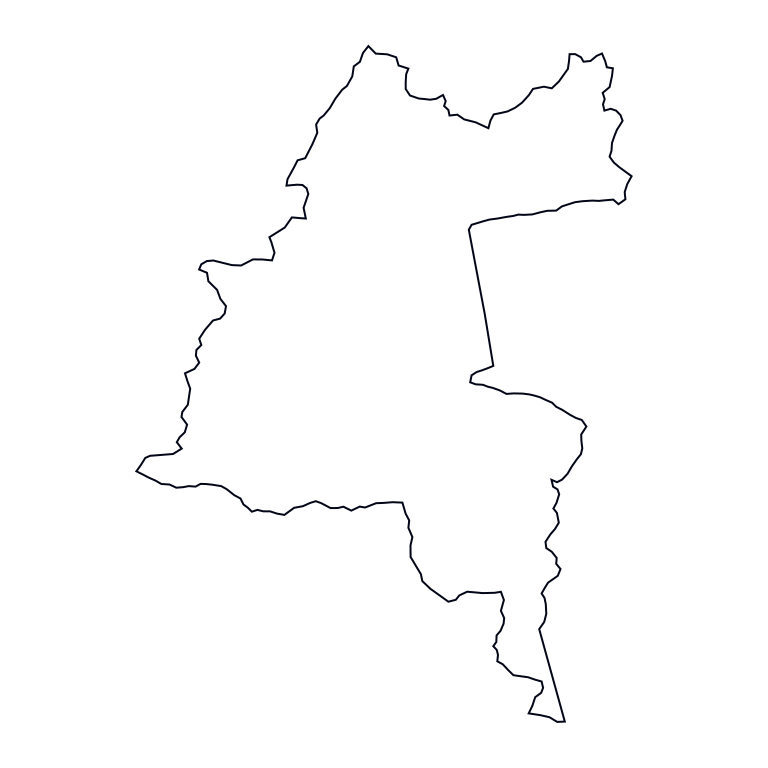 outline of Conceição, Paraíba, Brazil
{"feature_id": "56859067B61487364475806", "entity_name": "Conceição", "entity_type": "district", "adm_level": 2, "iso_a3": "BRA", "parent_name": "Brazil", "parent_adm1": "Paraíba", "projection": "orthographic", "projection_center": [-38.514, -7.528], "detail": "fine", "context": "isolated", "style": "outline", "palette": "ink", "viewbox_px": 768, "rotation_deg": 0, "n_neighbors": 0, "source": "geoboundaries", "source_scale": "gbopen_adm2", "svg_char_len": 3756}
<svg xmlns="http://www.w3.org/2000/svg" viewBox="0 0 768 768"><path d="M136.4,471.3L144.0,475.1L148.9,477.7L155.1,480.4L161.4,484.0L169.5,484.5L176.3,487.7L182.9,487.2L188.8,486.1L195.6,486.6L200.5,483.9L205.7,484.0L212.3,484.7L221.2,486.1L226.7,489.2L234.3,495.2L240.5,498.5L243.5,504.5L247.7,507.6L251.9,511.7L257.4,509.9L263.2,511.3L269.9,511.3L277.0,513.6L284.4,514.9L294.1,507.8L302.9,506.2L310.2,502.9L315.8,501.2L321.1,503.1L330.6,508.1L337.9,508.0L343.4,506.7L351.3,510.6L359.7,506.6L365.1,507.5L376.1,503.2L383.7,502.9L392.6,502.2L402.4,502.6L405.6,513.6L409.2,520.4L408.4,527.8L412.4,537.1L410.5,545.4L410.6,557.0L420.9,574.2L422.3,581.1L430.4,588.8L448.4,601.7L455.8,599.8L459.3,595.4L467.2,591.7L482.7,593.1L494.7,592.8L500.9,591.8L503.9,600.0L500.9,610.8L504.2,618.1L503.6,623.6L500.6,630.7L496.6,635.4L496.3,642.0L493.3,646.2L496.8,650.0L498.0,655.0L497.3,661.3L502.8,664.3L508.0,669.9L513.4,675.2L521.9,676.4L527.9,677.2L535.2,679.7L541.6,681.5L543.1,687.8L541.2,692.8L535.2,697.2L532.4,705.7L528.7,713.4L540.1,715.1L549.4,717.2L557.2,721.9L564.8,721.6L539.2,629.1L544.2,622.0L546.3,613.8L545.8,604.2L544.5,597.9L541.6,593.5L544.9,587.7L548.0,582.7L557.8,575.8L560.5,569.0L556.2,563.8L556.7,558.0L551.7,551.7L546.3,548.1L545.5,541.8L550.5,534.2L555.0,529.0L558.8,522.7L556.9,512.9L553.4,508.5L556.4,503.1L559.2,494.3L557.5,489.4L553.1,486.7L551.5,479.8L557.0,482.2L562.1,479.6L567.6,473.7L571.7,466.6L576.9,459.2L580.9,454.2L582.3,448.4L581.4,440.9L581.2,434.5L586.4,426.5L581.7,419.9L576.0,418.0L570.0,414.8L562.5,410.0L556.2,406.8L552.1,402.7L546.3,400.2L539.9,397.2L534.1,395.5L529.2,394.4L522.7,393.6L513.7,393.4L506.4,393.9L499.8,390.4L492.8,387.9L487.8,386.7L483.0,384.8L475.6,384.3L470.2,382.3L471.6,375.3L476.7,372.0L482.1,370.3L487.9,368.1L493.3,365.9L484.8,314.3L478.4,280.5L468.8,229.7L471.6,224.8L477.9,222.9L483.5,221.2L489.3,219.6L497.7,218.5L506.4,216.9L513.0,216.0L518.4,214.6L523.8,214.9L532.5,214.4L539.9,212.4L547.2,210.8L556.2,210.6L561.9,206.4L568.7,204.2L575.0,202.2L582.5,201.2L592.4,200.6L599.0,200.9L604.9,200.3L613.3,199.6L618.5,204.2L625.4,199.3L624.7,192.1L627.2,184.2L631.6,176.2L625.3,171.6L619.3,167.2L613.9,162.6L609.6,156.7L611.5,150.7L612.0,143.0L614.5,135.8L616.9,129.8L619.7,125.5L622.6,120.8L620.5,115.1L616.1,110.6L610.7,108.8L604.4,110.6L603.0,104.3L604.7,99.1L602.7,92.8L609.6,87.1L612.0,76.0L612.9,68.3L606.9,67.3L605.2,61.2L602.0,53.5L596.6,55.9L590.5,61.0L583.5,61.7L581.0,57.3L575.2,54.1L569.6,54.1L569.0,61.2L567.9,68.9L558.9,81.5L551.8,88.3L543.9,86.7L533.0,88.9L528.8,95.2L522.0,102.7L515.1,107.8L507.6,111.4L501.7,112.8L493.7,114.4L490.4,120.7L488.4,128.2L475.6,122.3L464.2,119.4L457.4,114.7L449.5,115.5L448.4,110.0L444.1,106.0L445.7,101.1L443.0,95.0L436.2,98.8L430.1,99.7L425.0,99.1L418.7,98.5L410.0,95.5L405.7,89.0L405.7,81.8L406.2,74.1L408.4,68.6L398.6,65.5L396.2,57.3L387.2,54.3L375.7,53.6L368.4,46.1L363.0,52.9L359.9,61.8L353.8,66.4L352.3,76.3L346.9,86.0L342.2,89.7L335.4,98.6L329.8,108.1L323.7,115.5L319.6,118.6L316.1,124.6L317.3,132.8L312.3,144.4L305.2,158.2L297.6,160.3L294.1,167.2L287.5,179.2L286.5,185.6L297.1,184.7L302.5,185.0L306.6,188.3L308.3,194.0L303.6,207.8L305.8,218.5L300.9,218.2L291.9,217.4L284.8,227.5L269.4,237.2L271.3,242.0L274.5,252.8L272.0,260.4L262.6,259.5L253.0,259.4L241.1,265.5L231.8,265.1L213.3,260.5L206.8,261.1L201.3,264.3L199.1,269.5L207.0,272.8L208.4,281.3L217.1,289.9L220.4,298.9L226.0,306.1L224.7,313.5L220.1,318.6L213.0,320.5L205.1,329.7L199.2,338.7L201.3,345.0L196.4,350.0L195.9,355.7L199.2,362.6L194.5,368.9L185.0,373.3L187.4,381.0L190.2,388.7L187.8,404.8L182.3,412.0L181.5,417.0L187.1,424.6L184.8,432.3L179.6,437.3L176.8,442.2L181.7,448.6L173.0,454.0L150.1,455.8L145.3,457.9L140.7,465.3L136.4,471.3Z" fill="none" stroke="#020617" stroke-width="2"/></svg>